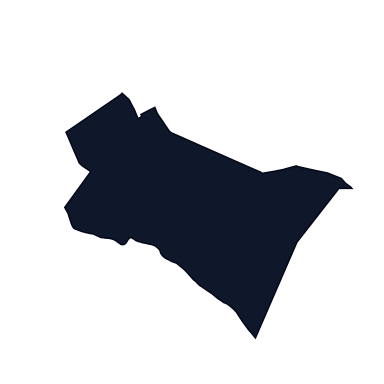 Pocito, San Juan, Argentina (orthographic projection), rotated 306°
{"feature_id": "61730980B55193733465089", "entity_name": "Pocito", "entity_type": "district", "adm_level": 2, "iso_a3": "ARG", "parent_name": "Argentina", "parent_adm1": "San Juan", "projection": "orthographic", "projection_center": [-68.624, -31.735], "detail": "fine", "context": "isolated", "style": "filled", "palette": "ink", "viewbox_px": 384, "rotation_deg": 306, "n_neighbors": 0, "source": "geoboundaries", "source_scale": "gbopen_adm2", "svg_char_len": 3938}
<svg xmlns="http://www.w3.org/2000/svg" viewBox="0 0 384 384"><g transform="rotate(306 192 192)"><path d="M274.3,260.9L273.5,260.3L270.4,257.8L265.4,253.8L264.4,253.1L263.3,252.1L258.5,247.7L256.3,245.6L254.9,244.3L254.2,243.5L251.9,241.3L248.5,238.0L248.3,235.4L245.7,223.8L242.1,207.1L240.7,200.6L233.9,169.2L231.3,156.9L228.1,142.0L227.9,141.2L227.8,140.5L227.7,140.0L227.8,139.4L227.8,138.9L228.0,137.5L231.3,128.4L231.9,126.9L234.1,120.5L235.2,117.7L235.5,117.2L235.8,116.7L238.6,112.2L235.4,110.5L233.7,109.6L230.9,108.2L224.7,105.1L223.8,107.0L222.1,106.3L219.5,105.3L221.7,101.9L222.9,99.9L224.6,97.2L227.5,91.3L229.2,88.0L229.5,87.2L229.8,86.5L229.9,85.8L230.1,83.7L230.2,82.9L230.8,77.4L229.8,77.3L228.8,77.1L226.6,76.3L226.4,76.3L222.7,75.0L206.3,69.1L202.0,67.6L188.1,62.7L183.6,61.1L178.3,59.2L170.6,56.4L166.3,54.9L164.7,57.7L163.2,60.3L155.9,72.4L151.0,80.8L150.9,80.9L149.2,83.7L148.9,85.8L148.6,87.7L148.8,91.6L149.0,98.1L104.7,98.1L103.6,100.5L101.7,104.5L101.5,104.8L100.7,105.8L95.9,112.4L95.4,113.2L94.8,114.0L93.5,116.7L93.3,117.6L93.3,118.2L93.3,118.8L94.1,121.8L95.0,125.0L95.1,125.4L96.5,129.3L97.2,130.9L98.0,132.7L98.3,133.4L98.6,134.1L99.6,135.9L100.0,136.8L100.1,137.2L100.3,138.1L100.4,138.6L100.5,139.4L100.7,140.4L100.9,141.4L101.2,142.6L101.3,143.1L101.3,143.6L101.5,144.8L101.8,145.2L102.0,145.7L102.3,146.2L102.7,146.7L102.9,147.1L103.1,147.6L103.5,148.4L103.9,149.0L104.2,149.6L104.4,149.9L104.7,150.3L105.0,150.9L105.1,151.1L105.4,151.4L105.7,151.9L105.8,152.2L106.1,152.8L106.2,153.2L106.4,153.6L106.5,153.7L106.7,154.1L106.9,154.7L107.3,155.8L107.4,156.2L107.5,156.5L107.6,157.1L107.6,157.6L107.7,158.0L107.8,158.6L107.8,159.0L107.8,159.4L107.9,159.8L107.9,160.3L107.8,160.8L107.8,161.2L107.8,161.6L107.7,162.0L107.8,162.5L107.8,163.2L107.9,164.2L107.9,164.7L107.8,165.3L108.1,165.9L108.4,166.4L108.6,166.8L108.9,167.2L109.3,167.5L109.7,167.8L110.1,168.0L110.6,168.3L111.3,168.4L111.7,168.5L112.2,168.5L113.0,168.5L113.4,168.5L113.9,168.4L114.6,168.3L115.2,168.3L115.7,168.3L116.2,168.3L116.6,168.3L117.1,168.4L117.6,168.5L118.1,168.5L118.6,168.7L119.0,169.2L119.4,169.7L119.5,170.2L119.6,171.0L119.6,171.8L119.7,173.0L119.7,173.9L119.8,175.1L120.0,176.2L120.1,176.6L120.2,177.1L120.4,177.6L120.5,177.9L121.0,179.1L121.4,180.2L121.5,180.6L121.8,181.3L121.9,181.8L122.1,182.2L122.3,182.7L122.8,183.7L123.2,184.5L123.5,185.1L123.9,186.0L124.0,186.4L124.2,186.9L124.2,187.0L124.4,187.5L124.6,187.8L124.8,188.3L125.1,188.8L125.2,189.0L125.4,189.4L125.6,189.9L125.8,190.5L126.0,190.9L126.2,191.7L126.7,193.7L126.7,196.0L126.5,197.8L126.4,198.3L126.4,198.5L126.3,198.8L126.3,199.3L126.2,199.9L125.9,200.2L125.5,200.8L125.3,201.1L124.7,201.9L124.3,202.4L124.1,202.7L123.8,203.5L123.6,204.1L123.4,204.5L123.0,206.1L122.9,206.6L122.9,207.5L122.8,208.4L122.9,209.5L122.9,209.9L123.0,210.8L123.1,211.5L123.3,212.2L123.4,212.7L123.5,213.6L123.6,214.0L123.6,214.5L123.8,215.8L123.8,216.2L124.0,216.9L124.3,217.7L124.4,218.2L124.4,218.4L124.7,219.3L125.1,220.5L125.2,221.1L125.3,221.5L125.3,222.0L125.2,222.6L125.1,224.2L125.0,225.5L125.0,226.7L125.0,228.2L124.8,229.5L124.8,230.2L124.7,231.2L124.5,232.6L124.4,233.2L123.5,237.5L122.5,242.1L121.9,244.7L121.9,246.2L121.9,247.5L121.5,249.2L121.1,251.3L121.0,252.4L120.9,252.9L121.0,254.8L121.2,259.1L121.3,263.9L121.5,267.9L121.2,271.6L121.1,274.0L121.0,276.7L121.2,279.1L121.2,281.5L121.2,282.7L121.8,284.7L122.1,286.6L122.1,287.8L122.1,289.3L121.9,291.7L121.8,293.7L121.1,297.7L121.0,298.3L119.2,302.9L116.7,309.5L113.6,319.4L113.1,321.9L113.0,322.3L111.2,329.1L213.0,306.4L280.1,308.7L281.9,308.8L282.0,309.8L288.9,319.2L289.2,318.0L289.3,317.3L289.3,312.6L289.4,310.7L289.4,310.4L289.4,310.2L289.6,309.7L290.0,307.9L290.5,305.8L290.6,305.6L290.7,305.0L290.7,304.8L290.6,304.5L290.4,303.6L289.0,298.1L287.1,290.6L283.4,282.4L281.9,279.1L276.6,266.9L274.7,262.5L274.7,262.2L274.7,261.9L274.3,260.9Z" fill="#0f172a" stroke="#020617" stroke-width="1.5"/></g></svg>